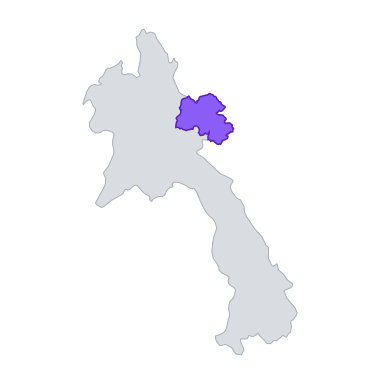 Laos, with Houaphan highlighted, rotated 7°
{"feature_id": "LAO-3288", "entity_name": "Houaphan", "entity_type": "Province", "adm_level": 1, "iso_a3": "LAO", "parent_name": "Laos", "parent_adm1": "", "projection": "robinson", "projection_center": [104.1, 20.28], "detail": "fine", "context": "in_parent", "style": "filled", "palette": "violet", "viewbox_px": 384, "rotation_deg": 7, "n_neighbors": 0, "source": "natural_earth", "source_scale": "10m", "svg_char_len": 6852}
<svg xmlns="http://www.w3.org/2000/svg" viewBox="0 0 384 384"><g transform="rotate(7 192 192)"><path d="M136.5,40.6L138.2,44.1L146.4,53.4L147.8,55.9L150.7,57.8L153.2,66.1L154.3,66.6L155.6,66.1L156.6,64.9L157.5,61.7L158.0,61.4L159.0,64.0L161.2,64.8L162.2,65.9L162.5,67.9L162.2,70.0L160.3,74.7L159.1,81.0L167.1,94.6L170.4,96.5L178.3,98.7L183.7,101.7L186.2,100.9L188.6,97.6L191.5,95.7L196.8,92.8L198.4,92.6L201.3,93.8L206.2,97.2L213.5,103.5L213.3,105.2L212.0,106.8L208.0,109.3L206.8,110.9L207.5,111.5L210.8,111.9L214.7,113.4L215.9,115.0L216.5,118.8L217.2,119.5L220.8,119.1L221.9,119.6L223.2,120.8L224.5,124.0L224.4,126.3L220.9,130.4L220.5,132.9L218.6,135.9L213.7,140.8L212.4,141.1L203.4,138.4L196.2,138.8L195.6,139.8L196.8,142.8L197.2,145.7L196.1,148.0L191.9,150.9L191.8,152.2L192.6,153.5L198.6,156.2L217.8,170.4L226.5,173.1L230.4,174.9L231.4,175.9L231.3,177.2L230.3,178.8L229.5,181.5L229.5,183.2L230.4,184.8L231.9,187.3L237.3,192.7L241.2,194.0L245.4,200.1L246.6,205.6L248.6,209.1L258.6,220.8L267.0,228.0L271.9,235.8L274.4,237.5L275.1,240.3L275.8,248.5L278.7,252.6L279.3,254.3L280.6,255.5L281.9,255.7L284.9,253.0L285.5,253.4L286.8,257.8L288.0,259.3L292.4,262.0L297.1,267.2L299.6,269.1L302.8,270.6L303.3,272.2L302.7,273.9L301.7,275.0L296.3,278.0L295.5,279.3L299.2,286.0L308.2,294.2L311.1,299.2L310.5,301.6L308.0,306.4L306.2,307.7L305.7,309.2L307.1,313.1L306.9,319.2L305.2,320.6L303.6,324.3L302.5,324.6L299.7,323.2L293.9,329.6L291.4,329.3L288.5,332.9L284.8,333.3L282.1,330.7L276.6,326.4L274.6,323.8L272.9,326.1L270.0,328.2L265.9,327.5L264.8,330.7L264.0,331.2L259.0,331.8L258.0,332.3L258.8,335.2L261.8,340.1L262.7,343.0L260.9,347.6L255.7,347.5L253.4,345.6L250.5,341.7L243.8,339.1L239.4,340.9L238.1,340.8L234.7,337.5L233.5,335.3L232.8,332.2L237.8,329.6L240.4,327.6L242.0,325.5L242.7,323.3L243.5,314.1L244.3,310.9L243.8,306.9L242.5,303.8L242.5,299.1L243.2,295.3L245.1,293.4L246.4,290.7L247.2,284.6L246.6,283.0L244.7,281.5L241.5,280.1L239.5,278.3L238.7,276.2L238.8,274.3L239.7,272.6L237.4,270.8L231.6,268.8L228.4,266.3L227.7,263.5L225.3,259.8L221.1,255.2L218.9,248.6L218.7,240.1L219.2,233.1L221.0,225.0L218.6,219.1L215.9,216.0L212.2,213.7L208.7,210.5L205.4,206.2L201.4,200.0L196.7,191.7L193.6,188.0L192.0,188.8L188.6,188.1L183.5,185.7L179.0,184.4L175.2,184.2L172.7,184.7L171.6,186.0L171.5,187.3L172.4,188.5L171.9,189.5L169.9,190.1L168.3,191.5L166.5,194.5L165.2,198.5L163.3,200.1L160.4,200.4L157.5,201.5L154.7,203.5L153.3,204.9L153.5,205.9L152.9,206.2L151.5,205.6L150.8,204.3L150.9,202.2L149.5,200.8L146.5,200.1L143.1,197.9L136.7,192.2L135.2,191.9L133.1,193.4L130.4,196.6L128.1,197.9L126.3,197.2L124.9,198.3L123.9,201.3L122.1,203.6L113.4,209.8L105.6,217.7L103.7,218.4L98.9,216.2L97.5,214.7L104.0,198.3L105.0,194.4L104.8,189.1L102.1,184.8L102.0,183.5L102.4,182.2L105.7,177.1L109.6,164.1L109.4,160.0L107.7,155.6L106.8,151.4L107.6,145.6L107.3,143.4L105.5,142.2L99.6,141.1L96.2,142.0L94.6,143.6L92.6,144.6L88.8,145.1L85.3,143.2L82.4,139.9L81.7,135.8L85.4,127.1L86.4,123.7L86.3,122.2L85.6,120.5L84.8,120.3L82.9,118.2L81.1,114.6L79.3,113.0L77.7,113.3L76.2,114.6L73.7,118.1L72.9,117.6L75.2,105.6L77.2,100.5L79.7,98.1L82.2,97.1L84.9,97.5L87.2,97.0L89.0,95.8L88.9,95.1L86.7,94.9L85.9,93.5L86.3,90.9L87.3,89.3L88.8,88.5L90.2,85.9L91.6,81.5L93.3,79.3L95.3,79.3L98.7,77.4L103.5,73.7L105.4,70.1L107.2,71.7L106.5,75.9L107.4,76.8L107.9,78.2L107.6,80.6L108.0,82.5L108.7,83.5L109.8,84.0L114.9,82.3L118.0,82.2L123.1,85.2L126.1,83.0L126.1,82.1L123.7,79.2L124.5,68.7L124.2,60.7L120.0,54.7L119.2,52.4L118.7,48.5L117.6,45.2L120.6,42.5L122.2,37.6L124.3,36.4L125.0,36.6L127.6,40.3L130.8,38.4L133.3,38.4L135.4,39.4L136.5,40.6Z" fill="#d9dde1" stroke="#a8b0b8" stroke-width="1"/><path d="M198.1,92.1L198.3,92.2L198.8,92.6L199.1,92.7L199.4,92.8L200.1,92.8L200.4,92.9L201.3,93.2L201.5,93.4L201.7,93.7L202.0,94.4L202.2,94.6L202.4,94.6L203.1,94.4L203.4,94.3L203.7,94.4L204.0,94.6L204.3,94.8L204.5,95.0L204.9,95.6L205.4,96.7L205.8,97.2L206.0,97.4L206.5,97.6L206.8,97.8L206.9,98.1L207.2,98.7L207.4,99.0L208.1,99.2L208.8,99.2L209.4,99.2L209.9,99.8L210.2,100.9L210.7,101.5L212.3,102.3L214.1,103.0L214.6,103.5L214.3,104.5L212.3,107.5L211.6,108.1L210.8,108.4L210.0,108.2L209.2,107.6L208.5,109.0L206.7,110.3L206.5,111.0L207.5,111.7L208.8,112.0L213.3,111.9L213.7,112.2L214.5,113.3L215.0,113.7L216.2,114.2L216.6,114.6L216.8,114.9L216.8,115.3L216.9,115.7L216.9,116.0L216.7,116.5L216.4,116.6L216.2,116.6L215.9,116.8L215.8,117.3L215.7,118.0L215.8,118.8L215.9,119.2L216.9,119.8L218.3,119.5L219.7,119.0L221.0,118.9L223.8,120.6L223.8,120.9L223.6,121.3L223.7,122.1L224.1,122.8L225.3,123.6L225.6,124.2L225.5,124.3L225.0,124.4L224.9,124.5L224.9,124.8L225.0,125.1L225.1,125.7L225.2,126.2L225.2,126.6L225.1,127.1L224.7,127.5L224.3,127.6L223.3,127.5L222.7,127.6L222.6,127.8L222.5,128.1L222.2,128.6L221.5,129.2L219.8,130.3L219.2,131.1L219.0,131.8L219.2,132.0L220.1,132.1L220.7,132.3L220.9,132.5L220.9,132.8L220.9,133.4L220.6,134.6L219.9,135.1L219.2,135.4L218.4,136.2L217.8,136.4L217.4,136.4L217.0,136.6L216.5,137.0L216.1,137.4L215.8,137.9L214.8,140.8L214.6,141.2L214.3,141.2L213.7,140.9L213.2,140.9L212.7,141.3L212.4,141.4L211.7,141.5L211.1,141.4L209.4,140.2L208.6,139.8L208.3,139.6L207.8,139.1L207.5,138.7L207.2,138.4L206.5,138.3L206.0,138.5L204.5,139.5L203.9,138.4L202.8,138.0L202.4,137.6L201.5,137.9L201.4,136.7L201.1,135.6L201.1,134.7L201.8,132.2L201.7,130.5L201.4,131.1L201.2,131.9L200.7,132.4L200.0,132.7L198.8,132.6L197.8,131.9L197.3,132.3L197.0,132.9L196.8,133.6L196.4,134.0L193.7,134.9L193.3,134.7L192.9,134.5L192.3,133.3L192.1,133.0L191.2,132.5L191.6,131.6L191.8,130.5L191.6,129.7L191.7,128.8L190.4,127.0L188.7,125.9L187.9,125.9L187.1,126.1L185.6,127.2L185.4,128.5L185.3,129.5L184.5,129.7L183.6,129.2L182.8,130.2L181.8,130.5L180.9,130.6L180.0,130.9L179.3,131.5L178.5,131.7L176.9,131.2L175.3,131.0L174.6,130.5L173.9,130.0L172.4,130.8L171.5,130.2L170.9,129.5L169.5,129.6L168.1,130.0L167.9,128.5L168.0,125.9L168.1,125.1L168.1,124.6L168.3,124.1L168.7,123.8L169.0,123.3L168.8,122.9L167.7,121.4L167.3,120.6L168.4,118.9L170.5,116.6L171.1,115.6L171.2,114.2L171.0,112.9L171.3,112.5L171.5,111.9L170.9,111.9L170.3,111.7L169.7,110.7L169.3,109.7L170.1,108.8L170.5,106.7L170.3,104.5L170.5,102.8L170.9,101.3L171.6,100.7L172.4,100.3L174.2,99.7L175.9,98.7L176.0,98.5L176.0,98.3L176.0,98.1L176.7,97.7L176.9,97.5L177.0,97.3L177.2,97.2L177.6,97.4L178.0,97.8L178.6,99.0L178.9,99.5L179.1,99.7L179.4,99.8L179.7,99.9L180.0,99.9L181.9,100.4L182.5,100.7L183.8,102.2L184.4,102.8L184.5,103.0L185.0,103.1L185.3,103.1L185.7,103.0L186.0,102.8L186.2,102.6L186.2,102.3L185.9,101.6L185.8,101.2L186.0,100.8L186.2,100.6L186.5,100.6L186.9,100.4L187.5,100.0L187.6,99.8L187.5,99.4L187.4,98.7L187.6,98.1L187.8,97.3L188.1,96.7L188.5,96.3L188.8,96.1L189.4,96.2L189.8,96.2L190.0,96.0L190.5,95.6L190.8,95.4L193.1,94.6L193.7,94.3L194.0,94.2L194.4,94.2L195.5,94.0L197.0,92.2L198.1,92.1Z" fill="#8b5cf6" stroke="#5b21b6" stroke-width="1.5"/></g></svg>